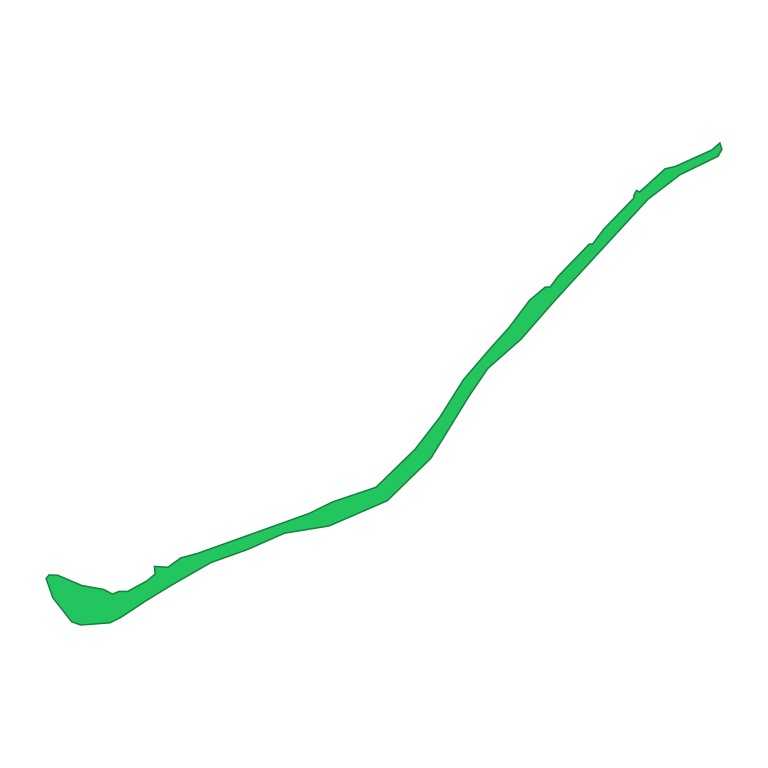 outline of Ta, Chuuk, Federated States of Micronesia
{"feature_id": "79324940B22444960542249", "entity_name": "Ta", "entity_type": "district", "adm_level": 2, "iso_a3": "FSM", "parent_name": "Federated States of Micronesia", "parent_adm1": "Chuuk", "projection": "equal_earth", "projection_center": [153.68, 5.302], "detail": "fine", "context": "isolated", "style": "filled", "palette": "green", "viewbox_px": 768, "rotation_deg": 0, "n_neighbors": 0, "source": "geoboundaries", "source_scale": "gbopen_adm2", "svg_char_len": 857}
<svg xmlns="http://www.w3.org/2000/svg" viewBox="0 0 768 768"><path d="M171.6,585.1L211.1,562.5L247.5,549.5L284.4,533.2L329.2,525.9L387.3,500.7L430.9,458.2L469.0,396.2L487.8,368.5L521.1,339.1L553.2,302.4L569.6,284.4L647.9,199.3L679.9,174.8L709.3,160.5L718.1,156.2L721.9,149.2L719.9,143.0L711.7,150.0L675.5,166.4L665.1,168.8L639.6,192.0L636.4,190.5L633.6,196.0L634.0,197.9L603.7,229.2L592.6,244.1L589.2,244.1L558.1,276.3L550.1,287.1L545.2,287.1L529.6,300.2L509.0,327.6L489.1,349.7L463.5,379.6L439.8,417.3L415.2,449.1L376.1,487.2L332.6,501.9L309.2,513.4L197.8,553.3L180.7,557.9L167.9,567.3L154.4,566.4L155.1,574.1L146.9,580.9L127.7,591.4L118.9,591.4L112.5,594.1L103.8,589.5L81.5,585.4L57.9,575.3L49.1,574.9L46.1,578.5L52.8,597.7L71.7,621.8L80.8,625.0L110.1,622.8L121.6,616.9L145.6,601.0L171.6,585.1Z" fill="#22c55e" stroke="#15803d" stroke-width="1.5"/></svg>